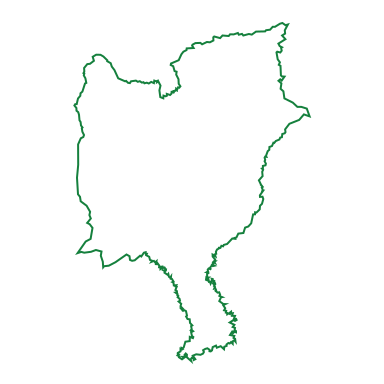 outline of Mwinilunga, North-Western, Zambia
{"feature_id": "96606910B26185337086625", "entity_name": "Mwinilunga", "entity_type": "district", "adm_level": 2, "iso_a3": "ZMB", "parent_name": "Zambia", "parent_adm1": "North-Western", "projection": "robinson", "projection_center": [24.888, -12.156], "detail": "fine", "context": "isolated", "style": "outline", "palette": "green", "viewbox_px": 384, "rotation_deg": 0, "n_neighbors": 0, "source": "geoboundaries", "source_scale": "gbopen_adm2", "svg_char_len": 5922}
<svg xmlns="http://www.w3.org/2000/svg" viewBox="0 0 384 384"><path d="M92.7,56.8L93.9,60.8L90.0,63.8L87.3,64.1L84.1,68.0L84.3,71.5L83.5,73.1L84.3,73.5L83.8,75.4L85.4,78.3L86.3,82.9L85.0,83.5L82.4,91.6L80.5,93.3L80.3,95.8L78.0,98.5L76.7,104.1L75.2,104.2L74.4,105.5L76.4,108.0L76.5,110.7L78.2,112.1L79.0,114.7L79.5,120.3L80.6,122.0L81.0,125.5L82.5,127.5L81.8,128.2L82.4,131.8L84.0,135.0L83.3,137.0L80.8,138.3L78.1,144.4L78.2,164.8L77.0,177.7L78.0,194.3L80.0,196.8L80.7,201.3L86.6,205.7L90.1,211.8L89.4,215.1L90.8,218.5L87.2,222.9L89.7,224.2L92.5,227.9L90.6,238.9L85.7,241.5L77.6,253.1L81.3,251.9L84.2,252.7L91.0,251.8L95.9,250.0L101.5,251.5L100.8,255.7L102.8,261.7L103.2,267.3L104.1,266.2L108.8,265.7L115.5,262.2L126.5,254.5L129.5,256.2L130.0,259.9L132.1,260.8L134.7,260.3L140.1,255.7L141.3,256.5L143.9,252.7L145.7,252.2L145.8,253.9L146.8,253.9L146.2,255.2L149.2,256.8L150.0,259.9L152.3,260.8L151.6,261.8L153.9,260.9L155.1,262.4L156.4,261.3L155.9,264.1L157.4,264.2L157.6,263.3L159.3,265.6L159.1,267.1L162.1,266.6L161.9,267.5L161.1,267.0L160.3,267.8L160.4,268.9L161.4,267.9L162.6,268.5L163.9,267.3L164.7,267.6L165.3,269.4L166.0,269.4L165.9,270.4L163.7,270.5L165.0,271.3L164.5,272.7L167.6,274.8L168.3,273.9L168.9,276.7L170.1,277.8L171.0,276.5L170.8,278.8L171.9,278.9L173.5,281.5L172.4,282.1L173.5,282.7L173.8,285.4L176.3,285.2L175.6,286.4L176.7,286.7L175.4,290.0L176.9,291.1L177.0,292.4L175.5,292.6L177.6,294.2L177.3,295.1L178.3,296.0L177.6,297.2L179.5,298.7L180.0,300.7L178.6,301.5L181.2,303.8L180.5,306.2L182.4,308.2L180.9,308.4L182.8,310.5L182.4,311.4L183.9,310.0L186.0,311.1L187.0,315.7L186.1,316.5L187.5,319.0L189.7,319.3L190.0,322.9L192.3,325.4L191.1,326.1L191.7,329.1L190.7,330.4L191.6,331.0L191.6,330.0L193.1,331.2L191.1,332.2L192.0,336.1L193.3,337.0L192.9,338.1L189.8,336.9L189.7,341.1L185.4,341.7L183.7,347.4L182.7,348.5L181.4,347.8L181.1,349.4L181.7,349.6L181.2,349.8L180.5,349.2L180.5,351.4L177.8,352.9L177.7,353.8L178.9,354.4L177.6,355.5L179.4,356.4L179.0,357.3L182.0,359.3L183.9,357.9L182.7,356.9L185.8,356.9L184.5,355.0L185.7,353.5L186.9,354.6L186.8,357.2L191.1,361.0L190.6,359.5L191.9,357.7L193.6,358.5L193.7,360.0L195.3,359.2L192.8,355.7L196.2,354.3L200.5,354.8L203.0,353.6L203.9,352.0L203.1,350.2L205.3,348.9L207.4,348.3L209.6,349.8L209.5,351.2L210.7,351.4L212.0,350.4L212.7,347.1L216.0,345.6L216.8,347.7L220.7,346.2L224.0,349.2L224.3,346.7L226.6,345.9L226.5,344.5L228.4,343.0L229.7,343.5L231.0,342.1L232.7,343.8L232.7,341.3L234.3,340.3L235.5,341.7L235.1,338.8L233.5,337.9L234.3,335.9L230.0,335.0L232.3,331.4L233.3,331.5L233.2,333.0L234.6,331.8L236.0,332.3L236.0,331.1L234.6,330.1L235.0,327.9L232.7,327.0L234.4,324.8L229.7,322.5L233.4,320.1L235.0,320.9L236.6,320.0L236.1,318.9L233.8,319.1L235.0,315.9L232.0,315.8L232.8,313.2L231.2,313.4L231.1,311.7L229.8,312.7L229.8,314.0L228.4,313.4L227.2,314.3L227.0,312.9L225.8,312.6L226.2,310.8L224.1,310.3L225.2,308.2L223.2,305.2L225.4,304.1L223.3,304.0L219.3,301.1L221.0,297.3L222.1,297.1L219.4,295.9L220.1,294.7L219.2,292.3L217.5,292.6L215.9,290.9L214.9,291.4L216.1,290.1L215.3,288.3L214.2,288.6L214.9,286.8L214.0,286.0L215.3,284.1L214.9,283.0L213.7,284.1L213.0,283.5L214.1,280.9L212.8,280.5L212.7,279.0L211.7,278.8L212.1,280.3L210.6,283.6L209.9,281.6L208.9,281.8L208.5,279.5L207.9,280.6L206.0,279.8L206.3,277.7L207.1,278.5L208.4,277.5L207.4,277.5L207.1,275.7L207.1,273.8L208.4,273.1L208.3,272.2L206.8,272.1L208.0,271.3L207.7,269.7L208.6,268.5L211.1,269.5L209.8,268.0L212.0,265.2L212.8,266.1L214.5,265.7L212.2,264.5L213.4,263.1L212.5,261.7L214.9,263.0L214.3,261.8L215.5,261.0L214.4,260.7L215.1,259.4L212.7,256.6L212.6,254.6L215.5,256.4L214.9,254.3L216.2,253.8L215.9,251.8L217.0,249.5L218.7,248.6L219.0,247.0L219.3,248.1L220.4,247.9L221.4,245.8L223.1,246.3L223.8,244.9L227.1,244.0L232.3,238.5L235.1,238.8L234.7,237.9L236.4,237.5L238.3,233.6L243.4,233.0L245.1,227.6L248.3,226.5L251.2,223.3L253.1,214.4L255.0,214.3L255.1,212.3L256.4,212.6L259.7,209.4L260.0,205.8L262.0,203.8L263.3,199.0L262.5,196.7L260.0,196.9L259.9,195.3L263.1,190.8L262.3,190.9L262.7,189.7L261.8,187.6L262.7,186.9L261.8,185.9L262.4,185.9L261.4,185.5L258.9,180.3L262.6,176.1L262.2,171.8L263.1,169.8L262.0,168.6L262.9,168.4L262.9,165.9L265.5,165.3L265.9,163.7L264.6,161.2L265.2,159.9L264.6,157.7L265.2,156.6L266.4,156.8L266.0,155.9L267.7,151.2L269.3,149.8L269.4,147.0L272.0,146.0L273.4,142.7L274.2,143.0L275.8,141.0L279.4,139.5L280.2,137.6L281.9,137.2L282.3,134.0L284.7,133.3L285.5,132.1L285.1,129.4L289.4,123.8L299.2,119.9L303.9,114.4L309.6,116.4L306.8,108.6L301.4,106.9L297.4,106.9L292.8,102.6L284.4,98.4L283.4,91.3L280.6,88.8L281.4,83.4L278.5,80.8L280.2,79.3L281.7,80.6L284.5,76.6L281.8,76.4L280.9,75.3L280.5,65.8L278.8,64.8L279.9,62.3L277.7,59.3L276.5,52.4L277.2,51.7L280.3,52.5L281.7,50.7L281.1,47.9L282.0,47.3L279.7,46.1L278.4,43.6L285.4,39.2L282.1,35.5L285.1,33.6L284.8,30.3L287.9,24.5L285.5,25.2L282.4,23.0L280.0,23.7L275.0,26.8L272.7,26.8L270.1,29.7L266.1,30.2L265.1,31.4L256.0,31.6L251.8,34.6L248.9,34.0L243.3,35.5L242.0,33.9L238.8,34.7L237.9,33.0L233.7,34.4L230.1,34.3L228.7,36.0L222.5,35.5L220.1,38.1L214.2,36.5L213.3,37.3L213.4,40.5L209.9,42.3L206.9,42.0L202.1,44.3L200.4,42.9L195.4,43.1L192.5,44.7L192.1,45.6L193.6,48.0L186.7,48.4L186.5,50.1L183.4,51.7L181.4,54.3L178.7,60.2L171.0,63.5L170.7,65.0L173.2,66.2L174.6,71.1L176.6,71.7L176.2,74.6L178.5,79.2L178.7,83.8L180.4,86.3L179.3,87.7L178.1,87.3L177.3,89.2L176.4,88.7L176.7,90.3L175.7,89.8L175.3,90.8L173.6,91.0L173.9,93.2L172.9,91.7L171.6,91.8L171.5,93.6L170.1,95.0L166.8,93.9L166.9,95.7L165.7,96.3L163.5,95.6L163.3,98.3L160.3,97.1L159.4,90.3L160.5,85.6L158.3,81.4L157.2,82.1L157.5,80.8L156.0,81.3L154.3,80.6L153.9,83.1L151.2,81.9L148.8,83.5L146.8,82.7L144.4,83.3L143.5,82.2L141.9,82.6L139.8,81.2L137.8,81.8L135.9,80.6L131.0,81.3L129.9,83.1L128.0,82.8L126.1,80.9L125.1,81.3L118.2,78.3L114.4,70.0L111.8,66.6L110.7,63.2L107.2,61.2L107.3,60.3L103.4,56.5L100.5,54.8L96.2,54.7L92.7,56.8Z" fill="none" stroke="#15803d" stroke-width="2"/></svg>